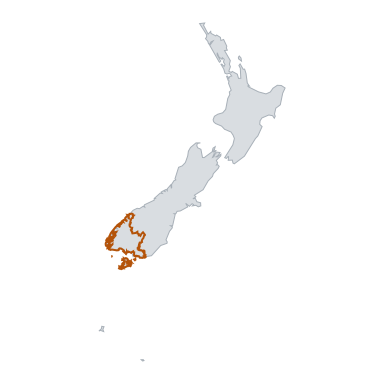 Southland District, Southland, New Zealand shown in context
{"feature_id": "76426892B99609638104575", "entity_name": "Southland District", "entity_type": "district", "adm_level": 2, "iso_a3": "NZL", "parent_name": "New Zealand", "parent_adm1": "Southland", "projection": "equal_earth", "projection_center": [167.626, -45.773], "detail": "fine", "context": "in_parent", "style": "outline", "palette": "amber", "viewbox_px": 384, "rotation_deg": 0, "n_neighbors": 0, "source": "geoboundaries", "source_scale": "gbopen_adm2", "svg_char_len": 9444}
<svg xmlns="http://www.w3.org/2000/svg" viewBox="0 0 384 384"><path d="M202.5,157.5L204.2,157.6L211.8,152.0L214.9,150.7L215.7,150.6L214.0,152.3L214.3,153.5L212.5,157.4L213.9,156.7L214.9,154.1L215.9,153.6L215.6,152.0L220.0,152.5L218.4,155.2L216.0,156.8L217.4,156.9L220.9,154.2L220.8,155.8L216.3,160.4L217.6,162.9L216.4,165.0L217.7,164.7L219.2,166.3L218.2,168.4L213.3,173.7L212.5,176.4L208.1,181.0L203.1,189.7L194.4,195.2L195.9,196.8L192.9,198.8L195.3,198.4L196.8,201.7L200.6,202.8L200.8,205.9L198.3,206.8L195.9,205.3L192.4,205.9L193.6,204.6L192.1,203.7L189.4,206.3L185.7,203.3L187.7,206.9L180.2,211.0L177.1,211.3L175.9,213.6L174.1,213.7L175.2,214.4L172.6,225.7L170.5,225.7L172.4,226.9L172.1,228.1L169.5,231.3L166.0,239.9L167.2,241.9L167.0,243.3L160.7,245.5L151.5,255.7L143.2,257.1L138.5,256.0L133.1,256.7L132.3,253.8L130.4,252.3L125.6,252.3L123.3,249.2L121.3,248.4L118.9,250.1L111.3,249.8L109.9,249.3L109.6,248.1L112.5,244.9L109.9,246.6L108.8,246.4L109.8,245.0L109.7,243.6L106.5,245.0L106.8,242.2L113.7,240.4L111.0,240.2L110.8,239.2L113.5,237.1L109.9,237.3L110.5,234.9L112.5,234.8L111.8,233.1L115.9,234.9L115.3,233.2L116.9,232.7L114.1,231.4L114.0,229.6L115.4,228.3L117.3,228.8L116.1,227.3L119.5,224.2L120.2,226.6L120.5,223.1L124.8,219.9L126.5,221.1L125.8,218.1L133.1,210.3L137.2,208.3L139.4,208.7L143.1,206.3L144.8,207.2L144.1,205.5L144.6,204.7L154.2,200.2L154.2,198.7L155.3,198.5L154.6,198.1L160.1,193.2L162.4,193.5L161.1,192.1L163.3,190.8L165.5,191.8L164.3,190.3L166.3,189.4L167.3,190.7L167.4,188.7L170.8,184.8L171.3,187.9L171.7,187.5L171.6,184.4L174.0,180.7L175.8,179.9L175.0,178.8L178.6,167.3L182.2,165.9L185.4,162.5L187.7,156.0L188.4,151.2L190.5,147.5L196.0,142.9L200.4,142.9L197.3,143.4L196.8,145.8L197.7,147.8L200.9,149.3L202.5,157.5ZM203.5,25.2L208.1,34.1L210.7,31.4L211.0,33.4L215.7,35.9L216.6,35.0L220.4,37.4L220.9,40.5L223.6,39.5L226.8,46.2L226.3,47.9L227.3,50.2L224.5,50.5L230.3,60.6L229.4,64.2L230.4,66.7L228.8,71.2L231.3,72.5L232.2,71.4L237.3,74.2L238.5,78.4L240.8,78.3L240.3,68.2L238.9,65.5L240.1,63.9L243.2,69.3L244.6,69.1L246.0,73.5L247.3,83.0L249.3,85.9L248.2,85.4L247.9,86.2L248.9,87.1L258.6,91.9L266.0,93.9L270.3,92.0L273.0,88.2L277.3,85.3L281.3,85.5L285.1,88.0L282.7,93.2L280.3,104.8L275.8,108.2L274.5,114.0L275.2,116.3L274.3,118.2L272.6,115.7L268.8,115.0L262.0,117.9L260.1,120.7L259.7,124.3L262.1,126.6L257.8,136.0L255.4,138.6L244.4,156.2L234.3,163.8L233.0,163.1L232.3,160.1L228.2,160.3L228.6,156.8L228.1,156.4L226.4,158.4L224.7,157.7L232.8,144.9L234.4,138.5L233.1,135.2L231.0,132.0L224.6,129.3L221.6,126.1L215.5,123.5L213.7,121.8L213.1,119.8L214.4,116.3L217.8,114.2L222.7,112.8L225.7,109.4L227.8,98.4L229.8,94.5L229.3,92.0L231.2,90.2L228.5,83.2L229.1,81.0L228.3,80.8L226.6,76.3L227.7,76.1L228.7,78.6L229.8,76.5L231.7,76.0L229.6,73.2L226.9,74.0L225.0,73.2L223.7,68.9L221.0,64.3L221.8,64.1L224.1,66.4L225.0,64.6L223.5,62.0L224.2,59.3L222.3,57.7L222.1,59.4L218.9,56.9L217.2,52.7L217.2,54.9L220.7,61.0L219.7,62.3L219.0,61.6L209.8,45.4L213.1,40.9L211.1,41.8L209.3,44.5L208.4,43.4L207.8,41.3L205.5,38.6L206.6,37.0L206.7,34.8L199.6,23.6L204.7,23.0L203.5,25.2ZM127.1,258.3L129.8,262.0L128.3,261.8L128.4,262.6L131.1,263.4L131.1,265.1L121.1,268.5L125.0,262.1L124.7,258.4L127.1,258.3ZM102.9,329.4L103.7,331.6L100.6,330.4L98.9,331.0L101.4,328.7L101.8,326.3L104.0,326.7L102.9,329.4ZM241.0,58.0L241.5,61.1L238.5,58.8L238.4,57.2L239.3,56.0L241.0,58.0ZM214.4,149.6L212.4,150.7L213.0,148.2L215.2,146.7L214.4,149.6ZM110.1,239.4L109.8,240.7L107.1,240.2L109.2,238.6L110.1,239.4ZM143.3,359.7L144.0,360.6L142.6,361.0L141.2,359.7L143.3,359.7ZM113.3,230.6L114.0,232.8L112.1,231.8L113.3,230.6Z" fill="#d9dde1" stroke="#a8b0b8" stroke-width="1"/><path d="M128.6,213.6L129.6,214.2L129.1,215.0L127.8,214.9L128.0,215.1L128.1,215.9L128.7,216.5L128.9,218.4L128.6,218.3L127.9,215.1L127.7,215.8L126.9,216.1L125.2,218.0L125.2,219.9L126.6,220.4L126.8,221.5L126.0,220.4L125.1,220.0L124.7,219.4L124.3,219.6L122.6,220.7L123.0,221.5L122.3,221.1L121.7,221.5L121.6,222.1L122.4,222.7L122.6,223.3L122.1,222.5L121.1,222.4L120.6,222.8L121.4,223.7L120.7,224.6L121.2,225.1L120.6,224.5L121.3,223.7L120.6,223.2L119.9,223.2L118.7,224.1L119.4,226.1L119.1,226.1L119.9,227.0L119.5,226.8L119.0,227.3L119.3,226.6L118.7,226.4L119.0,225.7L118.3,224.5L117.5,224.9L116.8,225.8L117.1,226.0L115.7,226.9L113.3,229.9L113.5,230.4L113.2,230.9L113.8,232.5L116.1,231.9L115.7,232.4L116.4,233.2L115.4,232.5L113.7,233.1L115.2,234.4L115.6,235.4L115.4,235.8L114.5,236.6L115.3,235.3L114.2,233.8L113.9,235.0L112.5,235.1L113.9,234.7L113.6,234.2L114.0,233.8L113.2,233.2L112.2,233.7L112.9,233.2L111.4,232.4L110.7,233.3L109.6,236.0L109.6,236.3L109.8,236.4L109.8,236.6L109.2,236.6L109.0,237.9L110.0,238.0L111.8,237.3L111.7,236.9L113.9,236.3L112.0,237.3L113.6,237.5L111.8,237.5L109.8,238.3L109.9,239.5L113.2,238.4L112.8,238.9L110.1,239.6L109.8,240.7L111.2,240.3L112.7,240.6L113.0,240.1L112.9,240.5L113.4,240.5L112.0,240.9L111.4,241.3L111.7,241.4L111.6,241.5L110.6,241.3L107.6,242.3L108.0,241.9L106.0,242.3L105.6,243.9L105.9,245.6L106.2,245.9L108.0,245.1L109.2,243.3L109.5,243.1L108.7,244.7L110.4,244.7L110.5,245.1L108.3,245.4L108.2,246.6L107.8,246.3L107.6,247.3L108.2,246.8L108.7,247.2L109.1,246.6L109.3,246.8L109.2,246.6L109.8,246.0L109.4,246.7L109.7,247.1L110.0,246.4L110.0,246.7L110.4,246.6L110.0,246.0L110.5,245.3L111.6,245.1L112.5,244.2L112.5,244.4L111.6,245.3L110.5,245.7L110.6,246.5L110.0,246.8L109.9,247.3L109.8,247.0L109.7,247.7L108.3,248.3L108.3,248.5L108.2,248.5L108.9,249.4L110.6,249.9L111.9,249.5L116.8,250.4L118.5,250.2L118.8,249.8L118.7,249.2L119.4,248.4L121.0,248.5L123.9,250.5L124.0,251.1L123.4,251.5L124.7,252.7L125.4,252.4L126.1,252.8L126.1,252.4L126.6,252.2L128.3,252.6L127.2,251.9L127.0,251.6L127.0,251.4L127.2,251.7L128.0,251.6L128.0,252.1L129.3,251.9L131.1,252.8L131.4,252.3L132.9,251.5L132.8,252.0L133.2,252.2L134.2,252.3L134.0,255.2L135.4,256.6L136.1,256.3L135.7,256.4L135.9,256.3L136.0,256.3L135.5,255.8L136.2,255.7L139.0,256.3L139.7,257.7L142.7,257.9L143.8,257.3L143.6,257.3L143.6,256.6L144.2,257.0L143.8,257.5L144.7,257.7L145.4,257.3L145.7,257.0L145.5,256.3L144.5,255.8L145.3,255.0L144.3,254.5L144.1,254.0L144.6,253.6L144.6,253.0L143.7,252.5L144.5,251.6L144.4,250.9L143.8,250.5L142.4,251.1L141.8,250.4L140.6,250.4L140.6,250.1L139.0,250.1L138.6,249.9L139.0,249.1L137.7,248.8L137.7,248.0L139.1,247.8L139.4,247.3L139.2,247.2L139.4,246.8L138.6,246.3L138.9,245.4L139.5,245.4L139.1,244.4L139.7,244.0L139.4,243.4L139.7,242.6L141.1,242.7L141.5,241.9L142.0,241.9L141.8,240.7L142.3,239.4L143.4,238.0L144.1,235.6L144.8,235.3L144.9,234.7L143.0,232.3L141.4,233.9L140.4,235.8L139.9,235.3L138.8,235.4L138.8,234.0L137.6,233.6L137.4,231.8L135.5,233.0L132.4,233.4L131.9,231.8L132.1,231.4L131.4,231.0L130.9,230.0L131.9,229.3L132.2,227.8L131.2,227.8L130.3,227.0L129.7,226.2L129.5,225.1L129.6,224.2L130.2,224.2L130.8,222.7L130.2,222.2L131.2,218.9L132.0,218.0L132.7,218.0L133.1,216.7L132.9,216.3L133.7,215.5L133.1,215.4L133.3,215.1L132.8,214.9L132.8,214.1L131.9,213.6L130.1,214.1L128.6,213.6ZM125.9,258.1L123.8,258.6L123.6,260.1L124.3,261.1L124.5,262.4L123.1,263.4L123.6,263.9L123.4,264.4L123.6,264.4L123.7,264.5L123.8,264.6L123.7,264.7L123.9,264.7L124.0,264.7L123.9,264.7L122.4,264.6L121.6,265.4L122.0,265.9L121.5,266.6L121.8,266.8L120.3,267.7L120.1,268.8L121.3,269.0L122.1,268.2L122.4,268.3L122.3,268.7L122.8,268.5L122.9,267.8L122.4,268.2L121.7,268.2L122.7,267.5L122.1,267.3L123.2,267.3L123.0,266.8L123.5,266.5L123.9,267.1L125.2,267.3L127.0,266.1L127.5,266.2L127.6,265.8L129.6,265.9L128.7,265.5L128.8,265.4L128.6,265.3L128.7,265.2L128.7,265.3L128.8,265.4L128.8,265.5L129.8,265.9L129.7,265.2L130.8,265.5L129.9,265.0L130.2,264.8L130.2,264.6L130.5,264.9L130.7,265.0L130.6,264.3L131.0,264.1L130.2,263.3L130.5,262.4L129.7,263.6L128.8,263.6L129.6,263.1L128.1,262.9L127.9,262.4L127.6,262.5L127.2,263.0L126.2,263.5L127.5,262.5L126.9,261.7L127.8,261.9L127.6,261.5L127.9,261.4L128.2,262.0L127.9,262.0L128.4,262.3L128.7,261.9L129.7,262.2L130.1,261.9L129.6,262.0L129.8,261.3L128.8,261.2L129.0,260.8L127.8,260.0L127.4,258.8L125.9,258.1ZM109.1,238.4L107.8,238.6L107.3,239.3L107.1,238.8L105.8,240.9L107.2,239.8L107.3,239.3L107.4,239.9L107.7,240.0L107.2,240.2L107.8,240.1L107.5,240.5L108.1,240.8L107.7,240.8L107.9,241.2L108.7,240.9L108.7,240.4L108.9,241.1L109.2,241.1L109.8,240.2L109.7,238.8L109.1,238.4ZM113.1,230.1L111.8,231.8L113.6,232.8L112.9,231.1L113.1,230.1ZM122.3,259.3L122.2,260.0L123.0,259.9L123.0,259.6L122.3,259.3ZM135.3,259.0L134.5,259.3L134.8,259.6L134.4,259.7L134.9,260.2L135.4,259.7L135.3,259.0ZM119.8,267.8L119.3,268.0L119.1,268.4L119.4,268.5L119.8,267.8ZM123.9,267.2L123.4,267.2L123.6,267.6L123.9,267.2ZM129.9,262.6L129.3,262.5L129.9,262.7L129.9,262.6ZM131.3,262.3L131.0,262.0L130.9,262.2L131.3,262.3ZM123.1,267.6L122.9,267.8L123.1,267.8L123.1,267.6ZM119.3,267.7L119.1,267.6L119.3,267.7ZM123.2,267.6L123.1,267.4L123.0,267.5L123.2,267.6ZM125.7,253.9L125.4,253.9L125.7,254.0L125.7,253.9ZM119.5,266.5L119.3,266.4L119.3,266.7L119.5,266.5ZM123.2,263.1L123.2,263.3L123.2,263.1ZM112.2,256.2L112.4,256.1L112.2,256.1L112.2,256.2ZM135.9,259.7L135.7,259.6L135.9,259.7ZM123.3,262.8L123.2,262.7L123.1,262.8L123.3,262.8ZM130.0,262.3L129.9,262.2L129.8,262.3L130.0,262.3ZM130.9,260.9L130.8,260.7L130.8,260.9L130.9,260.9ZM130.0,266.0L129.8,266.1L130.0,266.1L130.0,266.0ZM130.8,261.0L130.7,261.1L130.8,261.1L130.8,261.0ZM123.8,258.5L123.7,258.4L123.7,258.5L123.8,258.5ZM119.9,267.8L119.8,267.7L119.8,267.8L119.9,267.8ZM121.2,266.2L121.0,266.3L121.2,266.2Z" fill="none" stroke="#b45309" stroke-width="2"/></svg>